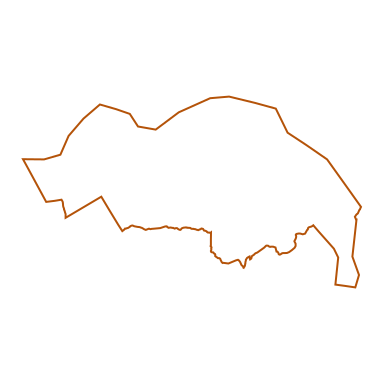 Assin Fosu, Central, Ghana
{"feature_id": "2480657B24956698199939", "entity_name": "Assin Fosu", "entity_type": "district", "adm_level": 2, "iso_a3": "GHA", "parent_name": "Ghana", "parent_adm1": "Central", "projection": "natural_earth1", "projection_center": [-1.29, 5.722], "detail": "fine", "context": "isolated", "style": "outline", "palette": "amber", "viewbox_px": 384, "rotation_deg": 0, "n_neighbors": 0, "source": "geoboundaries", "source_scale": "gbopen_adm2", "svg_char_len": 5517}
<svg xmlns="http://www.w3.org/2000/svg" viewBox="0 0 384 384"><path d="M65.6,217.8L101.3,196.7L109.8,210.9L118.2,224.7L122.3,231.1L124.0,229.8L125.0,228.7L125.1,228.8L125.4,228.7L125.5,228.7L126.2,228.5L127.2,228.1L127.9,228.0L129.7,226.9L129.8,226.7L130.0,226.6L130.2,226.3L130.3,226.2L130.7,226.0L131.4,225.7L131.8,225.6L132.5,225.5L132.8,225.6L133.6,225.9L134.1,226.2L134.5,226.3L135.0,226.4L137.6,226.9L139.6,227.1L140.2,227.3L140.5,227.4L141.2,227.7L141.8,227.8L142.1,228.0L143.2,228.6L143.7,229.0L144.3,229.3L145.3,229.7L145.8,229.9L148.1,229.0L148.3,228.9L148.6,228.8L148.9,228.7L149.1,228.7L149.4,228.8L149.9,229.0L150.2,229.1L150.7,229.1L152.0,228.8L152.7,228.8L160.2,228.1L165.0,226.5L166.3,226.3L166.6,226.6L167.2,226.9L167.3,226.8L167.6,227.1L168.4,227.8L170.8,227.5L171.0,227.6L171.5,227.7L172.3,227.9L172.8,227.9L173.1,227.9L173.2,228.0L173.4,228.0L173.6,228.1L173.9,228.2L174.0,228.3L174.4,228.5L174.6,228.6L175.0,228.5L175.7,228.2L176.0,228.1L176.3,228.1L176.6,228.1L177.1,228.2L177.4,228.4L177.5,228.5L177.8,228.8L178.2,229.1L178.9,229.5L179.2,229.6L180.0,229.9L180.3,229.9L180.8,229.6L181.1,229.2L181.3,228.9L181.6,228.5L181.9,228.3L182.1,228.2L183.4,227.7L186.0,227.4L186.1,227.5L186.3,227.5L186.5,227.6L186.9,227.6L187.0,227.7L187.5,227.8L187.8,227.7L188.1,227.8L190.1,227.9L190.4,228.0L190.8,228.3L191.1,228.6L191.3,228.7L191.5,228.8L192.0,228.8L192.7,228.9L192.8,228.9L193.1,228.8L193.3,228.9L193.5,228.9L193.9,229.0L194.1,229.0L194.4,229.1L195.0,229.1L195.3,229.2L195.7,229.3L196.4,229.7L196.5,229.7L196.8,229.8L197.0,229.8L197.8,230.0L198.0,230.1L198.4,230.1L198.5,230.1L198.9,229.9L199.4,229.5L199.8,229.4L200.5,229.3L200.9,229.0L201.2,228.6L201.5,228.5L202.7,228.8L203.1,229.0L203.7,230.0L203.8,230.2L204.1,230.4L204.1,230.5L204.8,230.7L205.1,230.8L205.5,230.8L206.0,231.1L206.3,231.2L206.6,231.4L206.8,231.6L206.9,231.8L207.0,231.8L207.1,232.0L207.6,232.4L207.8,232.5L208.0,232.6L208.3,232.6L209.0,232.5L209.9,232.8L210.0,232.8L210.3,232.8L210.6,232.7L211.0,232.4L210.9,239.3L210.9,245.5L210.7,245.7L210.6,246.0L210.6,246.3L210.7,246.5L211.3,246.9L211.4,247.2L211.5,247.4L211.4,247.7L211.4,247.9L211.3,248.3L211.2,248.5L211.2,248.8L211.3,248.9L211.3,249.1L211.3,249.3L211.3,249.6L211.3,249.8L211.3,250.0L211.2,250.2L211.0,250.7L211.0,251.0L210.9,251.1L211.0,251.4L211.1,251.7L211.1,251.8L211.4,252.1L211.6,252.2L212.0,252.3L212.9,252.3L213.0,252.3L213.4,252.6L213.6,252.8L213.7,253.1L214.1,253.5L214.3,253.7L214.8,253.9L215.0,254.0L215.3,254.8L215.3,255.0L215.3,255.3L215.2,255.4L215.2,255.8L215.2,256.1L215.7,256.5L216.0,256.7L216.3,257.0L216.6,257.1L216.9,257.3L217.7,258.0L218.1,258.2L218.4,258.2L218.6,258.1L219.0,258.1L219.4,258.2L219.7,258.4L220.0,258.6L220.4,259.2L220.4,259.4L220.8,260.3L221.1,260.9L221.3,261.2L221.5,261.8L221.7,262.0L222.0,262.4L222.5,262.9L222.7,263.0L223.1,262.8L228.4,263.5L236.1,260.3L238.0,259.8L238.5,260.1L238.7,260.4L239.0,260.5L239.2,260.8L239.3,260.9L239.4,261.0L239.7,261.4L240.2,262.1L240.4,262.8L240.6,263.0L241.0,263.9L241.0,264.0L241.3,264.7L241.5,265.0L241.8,265.4L242.9,266.2L243.1,266.5L243.2,266.9L243.3,267.3L243.4,267.7L243.6,267.8L243.7,267.5L243.8,267.4L243.9,267.2L244.3,266.9L244.5,266.5L244.6,266.4L245.0,265.3L245.2,263.8L245.3,263.7L245.3,263.3L245.4,263.1L245.4,262.8L245.4,262.5L245.4,262.4L245.5,261.7L245.7,261.2L245.8,260.8L245.9,260.4L245.9,260.2L245.9,259.7L246.0,259.6L247.1,257.9L248.5,257.0L249.5,256.5L249.8,258.5L250.1,259.4L251.2,258.6L251.3,258.5L251.6,257.2L251.9,256.2L252.3,255.8L252.9,255.4L253.4,255.2L253.8,254.9L254.2,254.4L254.9,253.8L255.4,253.3L257.4,252.5L258.2,251.9L262.0,249.2L263.1,248.4L264.2,247.6L265.7,246.1L266.2,245.7L266.6,245.6L267.1,245.6L267.7,245.7L268.3,245.8L268.6,246.1L269.2,246.6L269.5,246.7L269.9,246.8L270.2,246.9L270.7,246.7L273.2,246.7L275.5,247.5L276.5,251.6L276.9,251.7L277.0,251.6L277.3,251.6L277.5,251.8L278.0,252.3L278.3,252.8L278.6,253.8L278.7,254.1L278.9,254.2L278.9,254.3L279.4,254.6L279.6,254.6L279.9,254.6L280.2,254.5L280.6,254.3L280.9,254.1L281.0,254.0L281.2,253.9L281.6,253.5L281.8,253.5L282.3,253.2L282.6,253.2L282.8,253.1L286.9,253.0L289.1,252.1L291.9,250.1L294.6,247.8L295.6,246.0L295.6,243.7L294.5,241.6L294.4,241.2L294.5,240.9L295.2,239.7L295.4,239.2L295.6,238.9L296.0,237.8L296.1,237.2L296.2,236.9L296.1,235.9L296.0,235.4L295.8,235.1L295.8,234.8L295.9,234.5L296.3,234.1L296.7,233.9L297.2,233.8L297.8,233.7L298.2,233.6L298.6,233.5L300.0,233.5L302.8,234.3L305.1,233.6L307.1,230.0L307.4,229.8L307.5,229.7L307.8,229.5L308.0,228.2L308.6,227.5L309.3,227.1L309.6,227.1L310.2,226.9L310.5,226.8L311.2,226.6L311.3,226.6L311.8,226.3L312.3,226.1L312.6,225.9L312.9,225.6L313.0,225.6L313.3,225.3L318.8,231.7L333.9,248.7L338.2,257.5L335.4,284.6L345.0,285.9L355.3,287.4L359.0,275.0L352.4,256.6L356.5,219.5L356.0,219.5L355.9,219.1L354.9,216.8L356.3,214.7L356.9,214.1L357.0,214.1L357.3,213.9L357.7,213.5L357.9,213.3L359.2,210.3L359.2,210.2L359.7,209.7L359.9,209.5L359.9,209.3L360.1,209.0L360.4,208.1L360.7,207.6L360.9,207.1L361.0,206.9L346.2,186.1L327.1,159.4L306.7,145.3L287.6,132.7L275.8,108.6L255.0,102.9L229.1,96.6L210.2,98.2L178.8,112.3L155.7,129.6L138.0,126.5L129.8,113.9L116.2,109.2L99.9,104.5L83.5,118.6L68.6,135.9L60.4,154.7L44.1,159.4L23.0,159.2L27.4,167.2L46.2,201.9L54.9,200.8L61.5,199.7L62.5,201.4L62.7,201.9L62.9,203.0L62.9,203.6L63.0,203.8L63.0,204.3L63.1,205.7L63.2,206.3L63.4,207.1L63.9,208.3L64.0,208.8L64.0,209.2L64.1,209.3L64.1,209.7L64.2,209.9L64.3,210.0L64.7,211.1L65.1,212.7L65.5,213.7L65.6,214.1L65.6,217.8Z" fill="none" stroke="#b45309" stroke-width="2"/></svg>